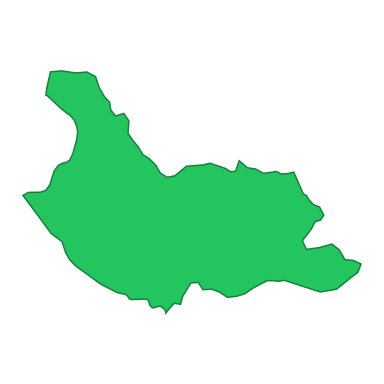 Kyustendil, Mercator projection
{"feature_id": "BGR-2252", "entity_name": "Kyustendil", "entity_type": "Province", "adm_level": 1, "iso_a3": "BGR", "parent_name": "Bulgaria", "parent_adm1": "", "projection": "mercator", "projection_center": [22.877, 42.321], "detail": "fine", "context": "isolated", "style": "filled", "palette": "green", "viewbox_px": 384, "rotation_deg": 0, "n_neighbors": 0, "source": "natural_earth", "source_scale": "10m", "svg_char_len": 1541}
<svg xmlns="http://www.w3.org/2000/svg" viewBox="0 0 384 384"><path d="M23.0,195.4L28.5,192.4L40.4,192.2L45.6,190.5L49.7,185.1L54.2,170.9L58.6,165.1L63.0,163.0L66.6,162.3L69.8,160.0L72.8,153.9L76.7,139.7L77.7,131.6L76.5,125.8L74.3,120.3L70.7,115.9L62.0,109.5L47.2,95.6L45.9,95.1L46.9,87.4L50.5,71.8L62.0,70.9L75.9,73.0L86.8,72.0L95.5,76.6L99.2,87.6L104.6,97.0L109.6,102.2L110.8,110.2L115.5,115.9L123.9,113.5L128.9,121.0L128.0,133.3L132.6,140.1L138.5,147.3L142.9,154.7L149.3,158.7L155.6,165.0L160.4,173.2L167.1,177.3L174.9,175.8L186.3,166.3L203.5,164.9L209.9,163.2L225.3,168.4L230.7,171.8L235.6,171.2L239.2,160.7L247.3,167.7L255.8,169.1L263.4,173.3L271.4,172.3L276.4,171.5L281.0,174.0L287.7,173.7L293.7,172.1L303.3,193.9L306.6,195.7L308.7,199.5L313.4,204.7L319.5,207.0L323.8,215.2L320.7,219.9L314.9,221.9L311.5,228.8L302.4,240.7L306.5,249.4L319.3,247.6L332.0,244.1L339.3,249.9L344.9,259.7L353.4,260.4L361.0,264.0L357.9,272.3L350.6,277.9L336.6,289.2L320.3,292.0L284.2,280.3L278.7,281.3L273.3,280.7L267.1,280.7L252.9,288.1L244.8,293.8L236.1,296.4L227.2,297.3L219.8,292.2L211.3,289.1L203.1,289.7L198.2,282.5L190.9,282.9L182.6,296.6L180.5,304.3L174.3,303.3L169.5,308.3L165.8,313.1L165.3,310.4L163.7,308.5L160.5,306.3L158.9,306.2L154.5,307.7L152.5,307.8L150.3,306.0L149.3,303.4L148.6,300.9L147.4,299.4L144.4,299.1L131.4,299.6L129.5,298.9L128.3,297.3L127.2,295.6L125.9,294.5L117.4,292.7L103.5,285.6L100.8,284.2L76.1,266.3L70.1,260.3L69.2,258.7L65.7,252.7L62.0,241.6L51.2,233.5L23.0,195.4Z" fill="#22c55e" stroke="#15803d" stroke-width="1.5"/></svg>